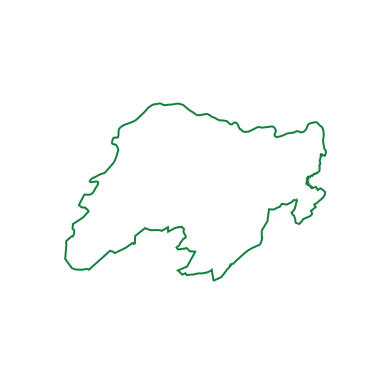 the district of Padures pag., Kuldigas, Latvia, rotated 319°
{"feature_id": "27541924B64598034075876", "entity_name": "Padures pag.", "entity_type": "district", "adm_level": 2, "iso_a3": "LVA", "parent_name": "Latvia", "parent_adm1": "Kuldigas", "projection": "equal_earth", "projection_center": [21.889, 57.036], "detail": "fine", "context": "isolated", "style": "outline", "palette": "green", "viewbox_px": 384, "rotation_deg": 319, "n_neighbors": 0, "source": "geoboundaries", "source_scale": "gbopen_adm2", "svg_char_len": 5960}
<svg xmlns="http://www.w3.org/2000/svg" viewBox="0 0 384 384"><g transform="rotate(319 192 192)"><path d="M115.0,193.4L119.4,188.8L120.5,187.9L133.0,188.5L133.7,190.2L135.8,193.8L137.0,194.8L140.6,197.7L143.0,200.2L143.7,201.5L150.7,202.8L147.9,206.3L155.9,208.1L158.1,209.5L159.1,209.6L160.1,211.0L161.5,211.4L161.5,212.1L161.4,212.2L161.6,214.9L161.2,215.2L159.9,215.9L159.3,216.8L158.2,221.5L156.8,222.3L155.1,221.8L154.9,221.6L154.5,221.8L150.2,222.6L147.7,223.8L143.9,223.8L143.7,225.6L144.0,226.5L144.8,226.9L148.6,229.4L149.6,230.2L151.0,230.5L151.4,232.2L151.5,235.5L152.1,235.8L155.2,239.1L152.0,240.4L140.3,244.7L139.8,245.0L140.0,245.2L129.9,242.0L130.1,242.5L130.3,246.3L130.5,248.0L133.7,249.0L133.5,251.3L136.8,253.5L138.6,255.0L139.9,255.7L141.0,256.2L142.9,257.3L144.8,258.7L145.3,259.4L146.6,260.3L149.2,261.8L151.1,262.8L153.0,263.4L154.9,263.8L155.8,263.7L152.2,269.6L150.8,271.8L150.4,272.8L150.4,273.2L158.4,275.5L166.1,273.9L167.3,273.5L171.0,273.3L172.7,272.9L172.4,272.4L173.7,271.9L175.8,273.1L190.1,272.6L193.5,272.7L196.7,273.0L199.4,273.5L201.5,274.0L208.9,276.3L212.5,274.5L215.2,272.4L214.9,272.0L218.9,267.4L220.3,266.5L220.6,266.5L228.1,264.0L229.7,263.6L238.7,255.6L242.4,259.0L246.8,260.0L247.7,260.5L248.5,260.8L251.4,260.0L251.8,260.0L252.1,260.0L253.5,261.3L255.0,263.5L260.3,265.1L263.7,264.9L265.3,266.9L265.8,266.8L265.5,267.5L262.4,269.2L261.4,270.4L260.3,270.7L258.8,271.9L256.8,272.7L255.9,272.7L254.7,272.9L253.7,272.7L253.3,273.5L253.2,275.0L253.4,276.9L252.0,280.4L251.3,281.4L250.3,282.5L250.2,283.6L252.0,286.5L255.9,286.1L258.2,285.4L265.0,287.6L266.8,287.7L268.4,287.3L269.4,284.6L269.4,284.3L275.4,284.6L275.9,282.0L276.3,281.5L278.8,282.3L280.7,282.2L286.9,282.2L290.5,281.2L292.4,279.3L292.4,278.3L291.9,275.5L291.4,273.6L291.2,273.4L288.2,273.0L288.8,269.9L288.9,269.5L287.3,268.9L285.0,267.7L285.3,267.3L285.3,267.0L285.6,266.8L285.5,266.7L285.2,266.5L284.9,266.6L284.9,266.4L285.1,266.2L285.5,266.2L285.4,265.9L284.9,265.8L285.0,265.6L285.5,265.5L285.4,265.1L285.1,265.2L285.3,264.4L285.0,264.0L284.5,263.7L284.2,263.1L284.7,263.1L284.9,262.9L284.5,262.3L285.1,262.1L284.5,261.6L284.3,261.4L284.3,261.2L285.1,261.3L285.3,261.1L285.3,260.9L286.0,260.6L285.7,260.3L284.8,260.2L285.3,259.9L285.2,259.6L285.8,259.4L285.7,259.3L286.3,258.6L286.6,258.7L286.5,258.9L286.9,258.8L287.0,258.7L286.9,258.5L287.1,258.3L287.3,258.3L287.6,258.6L288.1,258.6L288.0,258.3L288.0,258.1L288.3,258.1L288.7,257.8L288.8,257.7L288.6,257.0L288.9,256.9L288.6,256.8L289.0,256.6L289.5,256.9L289.8,256.7L290.0,256.8L290.1,257.1L290.3,257.1L290.4,257.6L291.0,258.2L291.3,258.0L291.7,258.1L292.1,257.9L293.0,257.9L293.2,258.0L292.8,258.2L293.4,258.2L293.9,258.4L293.7,258.5L293.7,258.8L294.7,258.5L295.6,258.5L295.5,258.4L295.8,258.3L295.9,258.7L295.9,258.8L297.3,259.2L297.7,259.5L297.8,259.5L297.7,259.2L298.1,259.2L298.2,259.4L298.3,259.5L298.8,259.6L299.2,259.9L299.7,259.7L300.2,259.7L301.2,259.8L302.6,259.3L302.9,259.1L303.5,258.1L303.9,257.8L304.0,257.5L304.4,257.2L304.8,257.0L305.1,256.2L305.6,255.4L305.9,255.2L307.0,255.1L307.5,254.8L307.9,254.3L308.0,253.6L308.6,253.1L308.7,252.9L308.9,252.2L309.5,251.7L310.3,251.5L311.4,250.4L312.3,250.0L312.5,249.7L313.4,248.5L313.9,248.0L314.3,248.1L314.5,248.3L314.6,248.6L314.8,248.9L314.8,249.1L314.5,249.5L314.4,249.9L314.4,250.1L315.1,250.3L315.7,250.8L315.9,251.6L316.2,251.9L318.7,250.3L320.0,248.9L320.2,246.3L321.2,244.8L321.6,244.2L322.6,242.3L324.1,239.8L326.6,237.4L329.2,235.1L331.7,231.3L332.3,229.8L332.7,228.0L332.1,225.9L332.0,222.0L331.2,220.4L327.5,218.3L326.0,217.6L324.3,217.3L322.6,217.8L320.3,219.2L318.7,219.5L317.3,219.9L315.5,219.7L314.0,219.0L312.8,217.7L312.0,215.9L311.2,215.1L310.1,214.6L307.6,213.8L303.8,211.2L301.6,210.0L299.5,209.5L297.2,208.8L293.5,207.1L291.6,205.7L291.3,204.3L291.6,203.3L292.2,202.6L294.6,201.6L295.5,200.8L296.2,198.7L296.4,196.9L296.1,196.0L295.1,194.7L291.4,192.4L289.8,191.2L288.3,190.3L287.2,189.4L284.6,186.4L283.8,186.0L279.1,184.9L274.5,183.6L273.5,183.0L271.2,181.2L270.2,179.8L270.0,179.2L270.1,176.9L269.4,175.9L269.9,173.7L270.7,171.6L270.8,170.3L270.7,168.6L270.2,167.8L269.0,167.3L266.8,167.1L265.9,166.7L265.1,165.2L264.9,162.0L264.6,161.0L261.5,157.5L260.1,156.3L259.0,154.3L257.8,151.0L256.2,148.1L255.9,146.1L255.2,144.3L254.7,143.1L253.8,142.4L249.8,140.0L247.6,138.6L246.4,137.5L245.7,135.8L245.2,133.2L243.6,128.0L242.5,120.7L241.3,118.5L239.9,116.6L238.1,115.1L234.2,112.8L232.1,111.1L230.2,109.8L228.4,108.7L227.4,107.4L226.7,105.3L226.3,104.7L225.8,104.1L225.0,103.5L222.8,102.3L222.1,101.7L221.0,101.1L220.1,100.6L218.0,100.1L214.3,99.7L209.6,100.4L199.5,100.9L196.9,100.9L194.6,100.5L191.7,99.6L186.3,97.4L183.6,96.6L180.5,96.3L179.5,96.4L178.5,96.6L177.1,97.3L173.5,101.2L172.1,102.2L171.3,101.8L170.3,100.9L170.0,100.8L169.5,100.5L168.5,99.6L166.4,100.4L165.3,101.2L165.0,101.6L163.7,102.6L163.6,103.6L164.3,104.7L164.5,105.2L165.7,106.3L165.6,107.0L165.4,107.7L165.1,109.4L164.4,111.3L164.0,111.9L156.6,116.6L153.2,118.1L151.6,118.6L138.6,120.3L134.9,118.6L128.9,117.2L125.7,116.2L123.1,116.3L122.3,116.6L121.8,116.9L121.8,117.8L122.1,118.2L122.9,118.9L126.5,121.1L127.1,121.7L127.5,122.3L127.5,122.8L127.4,123.3L126.6,124.2L125.0,124.9L121.8,125.8L118.9,126.9L117.1,127.4L116.0,127.5L115.2,127.5L113.3,127.0L112.3,126.4L109.9,124.2L109.4,123.4L108.6,123.5L98.0,127.7L98.7,131.3L99.5,131.9L100.2,132.8L101.4,133.9L101.0,135.1L101.6,136.4L101.1,138.9L97.5,139.1L96.5,139.4L93.3,139.7L88.7,139.2L80.9,138.0L80.7,138.6L77.8,141.2L77.7,141.6L78.1,143.0L77.9,143.7L75.5,146.3L72.7,147.3L72.1,146.5L66.0,146.5L64.7,146.6L64.1,147.3L62.2,149.8L52.4,159.3L51.6,167.9L51.6,169.0L51.3,170.4L52.2,172.3L53.0,173.7L57.4,178.1L59.9,179.7L61.5,180.6L62.0,181.0L62.9,182.2L63.2,182.5L64.3,182.9L64.2,183.0L91.3,182.6L91.9,183.1L92.4,184.0L93.1,184.9L93.4,186.5L93.6,187.0L93.7,187.5L105.7,190.7L112.1,191.3L113.5,191.3L114.0,192.1L114.0,193.0L115.0,193.4Z" fill="none" stroke="#15803d" stroke-width="2"/></g></svg>